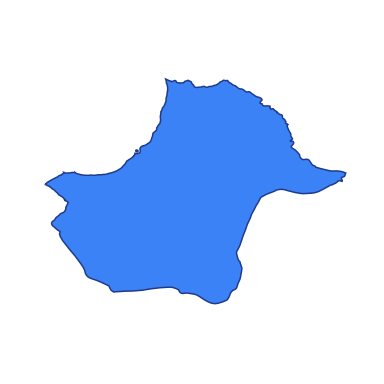 the district of Aceh Barat Daya, Aceh, Indonesia, rotated 105°
{"feature_id": "22746128B227561513795", "entity_name": "Aceh Barat Daya", "entity_type": "district", "adm_level": 2, "iso_a3": "IDN", "parent_name": "Indonesia", "parent_adm1": "Aceh", "projection": "equal_earth", "projection_center": [96.802, 3.836], "detail": "fine", "context": "isolated", "style": "filled", "palette": "blue", "viewbox_px": 384, "rotation_deg": 105, "n_neighbors": 0, "source": "geoboundaries", "source_scale": "gbopen_adm2", "svg_char_len": 5977}
<svg xmlns="http://www.w3.org/2000/svg" viewBox="0 0 384 384"><g transform="rotate(105 192 192)"><path d="M308.9,241.6L308.2,240.2L306.2,234.1L305.4,232.0L303.2,224.4L301.6,219.8L299.8,214.7L296.1,206.5L292.7,198.0L290.7,192.0L289.7,189.0L289.3,187.0L289.2,185.7L289.4,182.4L289.8,180.2L290.2,179.4L291.6,178.3L292.1,177.5L292.5,176.4L292.5,175.4L292.2,174.0L291.3,172.1L290.8,170.3L290.1,163.2L290.2,160.9L291.0,157.8L292.8,152.5L293.4,150.3L294.2,146.2L294.3,144.6L294.2,142.8L293.9,140.9L293.4,139.6L292.7,138.0L290.3,134.1L288.0,131.1L287.1,130.2L286.3,129.8L283.4,129.0L280.1,128.7L278.9,128.4L277.6,127.7L276.6,127.2L275.0,125.3L274.2,124.6L273.4,124.2L272.1,124.0L268.6,123.9L263.7,123.1L261.0,123.2L255.3,123.7L253.2,124.0L252.0,124.4L248.8,126.6L246.9,127.7L246.1,129.1L245.3,129.8L243.7,130.9L240.1,132.9L239.2,133.3L238.2,133.4L233.2,132.3L230.9,131.9L221.0,131.3L214.2,130.5L209.0,130.2L201.5,128.9L198.2,128.7L191.2,127.0L188.8,126.6L185.3,125.5L182.0,124.7L180.2,124.4L179.2,124.0L175.1,119.7L170.8,113.8L169.4,112.0L168.3,110.9L167.3,109.1L166.5,107.1L166.0,104.9L165.8,103.0L165.9,100.2L165.8,92.6L165.3,86.9L164.8,84.1L164.0,81.6L162.0,75.7L161.1,73.6L159.8,71.4L158.7,69.7L151.0,61.4L149.4,60.1L148.9,58.5L147.9,57.6L146.6,55.9L145.1,54.6L143.7,53.7L143.3,53.3L143.0,52.9L142.9,52.2L142.9,49.8L142.5,49.7L141.8,49.9L140.2,51.3L139.7,51.3L139.2,51.2L139.0,50.9L138.2,49.6L137.6,48.9L136.7,48.6L134.6,48.6L133.9,48.4L133.6,50.5L133.6,53.5L134.0,56.8L134.6,59.2L135.6,62.3L135.9,65.9L136.1,73.9L136.0,78.9L135.5,79.4L135.1,80.2L134.9,82.2L134.3,83.3L131.3,86.7L130.8,87.5L130.6,88.4L130.7,89.8L131.6,92.1L132.0,93.2L131.9,94.0L131.6,94.8L131.1,95.7L130.3,96.6L129.3,97.3L128.5,97.6L127.8,98.2L125.5,101.7L124.6,103.4L123.6,106.8L122.5,108.0L122.2,108.0L121.1,107.3L119.5,106.6L118.7,106.5L117.9,106.6L117.3,107.0L117.0,107.4L116.9,107.9L117.5,109.7L117.4,110.1L117.2,110.2L116.8,110.3L115.1,108.8L114.7,108.7L114.2,109.0L112.7,110.8L112.2,111.1L110.6,111.5L109.8,112.0L108.3,113.7L105.9,115.7L103.8,117.1L103.1,117.3L102.1,116.7L101.7,117.2L101.5,119.2L101.2,119.6L99.7,119.5L99.2,120.4L98.4,120.8L98.3,121.4L97.8,121.6L97.5,122.8L97.5,123.1L97.2,123.5L95.9,124.2L94.8,124.5L94.3,125.4L94.2,126.1L94.4,127.6L94.2,128.0L93.6,128.7L93.4,129.2L93.4,130.4L93.4,130.5L92.6,130.6L92.4,131.0L92.0,132.6L91.7,133.1L91.5,133.8L90.6,135.0L90.8,135.5L90.9,136.1L91.7,137.3L91.2,137.9L90.8,137.9L90.1,138.7L88.9,138.8L89.1,140.6L90.1,144.2L90.2,145.1L89.9,146.2L89.5,146.6L88.8,147.0L88.7,147.2L88.7,148.9L88.2,149.6L86.9,149.2L85.6,148.4L84.7,148.2L83.8,149.2L83.4,150.2L83.2,151.8L83.3,153.1L83.0,155.2L82.7,156.3L82.0,157.9L81.5,159.7L80.7,161.3L80.4,162.2L80.5,163.3L81.1,164.6L81.2,165.3L81.1,166.1L79.9,169.0L79.7,169.9L79.7,170.9L80.0,172.7L79.9,173.5L79.8,173.9L78.2,177.6L78.0,180.5L77.1,182.0L76.6,184.3L76.3,184.8L75.3,186.2L75.1,186.7L75.3,187.3L75.8,188.5L75.8,189.8L75.9,190.5L77.5,191.9L78.6,193.4L80.1,194.2L82.4,196.3L83.4,198.3L84.8,200.1L85.0,200.5L85.3,201.6L85.6,202.6L87.1,204.7L87.2,205.6L86.8,207.0L86.9,207.8L87.3,208.8L88.3,210.5L88.7,211.8L89.8,214.4L89.9,215.5L89.9,216.5L89.5,217.1L88.5,218.0L87.1,220.4L86.1,220.9L85.7,221.5L85.6,221.8L85.4,223.5L85.1,224.3L85.3,225.0L86.1,225.9L86.7,227.3L88.4,228.4L88.7,228.7L89.3,230.0L89.7,231.5L90.1,233.5L90.1,235.2L89.8,235.7L89.0,236.1L88.9,236.3L88.7,237.2L88.9,237.9L90.1,239.2L90.4,239.9L90.4,240.9L90.7,240.8L89.7,246.7L92.2,245.2L92.7,245.2L93.6,244.8L95.3,243.4L96.6,243.0L97.7,242.4L98.3,242.4L99.6,241.8L100.3,242.0L100.9,241.6L101.5,241.8L102.8,241.6L103.3,241.4L103.7,241.5L104.9,241.2L105.8,241.3L106.2,241.2L106.8,241.3L107.2,241.1L107.6,241.3L108.7,241.2L109.3,241.1L109.9,240.8L111.0,240.6L115.3,241.1L116.8,241.5L118.3,242.2L121.2,242.4L122.8,242.9L123.5,242.5L127.2,242.2L131.1,240.8L132.3,240.9L133.7,240.7L137.1,242.1L137.8,242.2L139.0,242.7L141.3,242.3L141.7,242.4L144.9,244.7L145.3,244.8L145.9,244.9L148.4,244.6L149.7,244.8L152.6,244.9L154.3,245.4L155.5,246.0L155.8,246.4L156.2,246.7L156.6,247.3L157.9,248.1L159.6,250.2L160.0,251.3L160.4,251.6L160.5,252.0L161.9,253.1L162.2,253.1L162.5,253.4L163.7,253.5L164.4,253.3L164.8,252.8L165.5,252.8L166.0,252.5L166.6,252.4L167.8,252.8L169.0,254.5L169.1,254.9L169.1,255.2L169.3,255.5L169.3,255.8L169.4,256.4L169.3,256.8L169.4,257.2L170.3,256.9L171.5,257.2L171.8,257.3L172.0,257.7L172.4,257.6L175.4,259.6L177.5,261.7L178.2,262.1L178.6,262.8L180.8,263.5L182.5,263.9L184.3,265.1L186.5,266.1L187.7,266.9L191.3,270.4L194.0,274.2L194.3,274.8L194.6,275.2L195.6,277.2L196.2,278.2L196.9,279.0L198.4,283.3L198.7,283.5L199.5,286.5L200.1,288.2L200.5,288.9L201.4,291.4L201.7,294.0L202.4,295.3L203.0,297.5L203.7,300.6L204.1,304.1L204.0,304.5L204.1,307.4L204.0,308.5L203.2,310.4L203.4,310.4L203.7,311.1L204.3,313.2L204.9,314.1L206.3,318.4L206.3,318.9L206.6,319.8L206.2,320.5L206.2,321.1L206.7,320.7L207.4,321.1L208.4,322.1L209.7,322.9L209.8,323.6L211.2,325.2L212.2,325.7L212.6,326.2L212.6,326.3L213.6,327.5L215.2,329.1L215.4,329.6L215.8,329.9L219.4,333.6L219.8,333.8L220.2,334.3L220.5,334.3L221.3,334.9L221.9,335.5L222.7,335.6L223.3,332.7L223.5,330.9L223.9,330.5L224.1,329.6L224.9,328.3L225.8,325.5L226.5,324.4L227.8,321.8L229.4,319.5L230.1,316.5L231.1,314.5L232.3,312.6L232.3,313.3L233.1,312.7L233.4,310.6L234.0,309.0L236.1,309.2L239.3,309.9L241.5,309.5L242.3,309.6L243.8,310.1L244.9,310.7L246.5,312.9L247.2,313.5L249.6,314.9L251.8,316.6L252.5,316.9L254.4,317.4L256.7,319.2L257.9,319.6L258.6,319.5L259.5,319.1L260.3,318.4L260.8,317.6L263.1,312.8L263.7,311.3L264.2,309.4L264.5,309.1L266.4,309.2L267.8,308.6L269.4,307.4L271.4,305.4L272.3,304.5L279.0,295.6L284.1,288.3L290.0,280.9L293.0,277.5L295.2,275.6L298.6,273.6L300.1,271.9L300.7,270.9L301.4,268.9L301.7,266.3L302.0,261.6L302.6,256.8L304.2,247.9L305.6,246.9L307.8,244.8L308.9,241.6ZM166.8,257.0L167.3,256.6L167.4,256.2L167.4,255.7L167.3,255.1L166.7,254.7L166.0,254.9L165.9,255.3L165.7,255.5L165.7,256.2L165.9,256.8L166.4,257.0L166.8,257.0Z" fill="#3b82f6" stroke="#1e3a8a" stroke-width="1.5"/></g></svg>